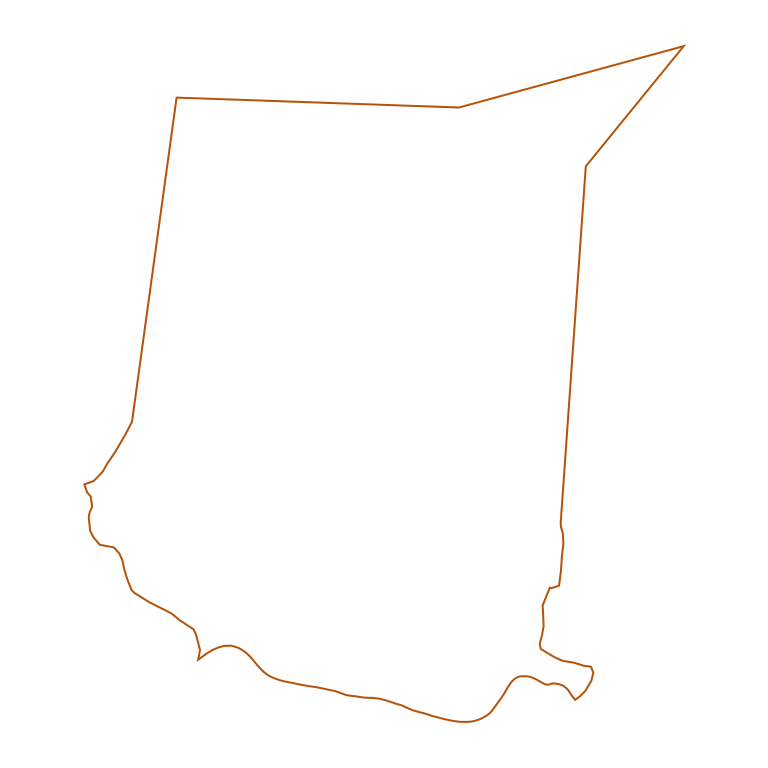 Latille, Micoud, Saint Lucia (Mercator projection)
{"feature_id": "8701671B58191073405905", "entity_name": "Latille", "entity_type": "district", "adm_level": 2, "iso_a3": "LCA", "parent_name": "Saint Lucia", "parent_adm1": "Micoud", "projection": "mercator", "projection_center": [-60.916, 13.828], "detail": "fine", "context": "isolated", "style": "outline", "palette": "amber", "viewbox_px": 768, "rotation_deg": 0, "n_neighbors": 0, "source": "geoboundaries", "source_scale": "gbopen_adm2", "svg_char_len": 2623}
<svg xmlns="http://www.w3.org/2000/svg" viewBox="0 0 768 768"><path d="M575.2,699.8L580.3,696.0L585.6,690.6L587.6,687.1L591.4,680.6L591.8,679.0L593.3,672.7L592.1,669.6L590.9,666.7L583.7,665.7L574.0,662.7L563.2,660.9L562.4,660.7L561.1,660.2L554.7,657.3L547.9,653.3L540.7,648.8L539.7,643.8L542.1,634.9L543.6,625.9L543.3,618.2L543.1,613.5L542.6,605.6L547.4,593.6L549.9,587.7L550.5,587.9L551.3,588.2L559.0,585.7L559.6,581.5L561.0,570.3L561.7,559.7L561.9,555.8L563.4,543.9L563.0,536.7L562.8,533.3L561.0,527.0L560.7,522.7L585.8,166.3L683.7,46.1L472.2,103.9L458.9,107.5L176.6,97.6L132.0,421.8L125.5,434.3L114.9,452.4L106.8,464.3L102.8,471.6L93.7,481.0L84.3,484.4L87.2,492.4L90.7,496.5L92.2,506.9L89.7,512.1L88.7,517.3L90.2,530.8L93.2,537.0L99.8,544.8L113.9,547.4L119.4,553.6L122.4,560.3L124.0,568.1L127.0,578.5L131.5,589.9L134.5,593.0L149.6,602.4L171.3,613.3L179.4,620.0L193.5,629.3L196.0,634.5L200.0,650.1L198.2,659.7L204.8,654.9L206.1,653.9L212.3,650.1L217.7,647.7L221.5,646.6L224.1,645.9L225.4,645.9L228.6,645.7L231.3,645.7L234.7,646.6L238.5,648.0L241.8,649.7L246.1,652.8L249.1,655.6L250.5,657.1L252.8,659.6L253.8,660.9L257.4,665.3L259.6,667.7L260.9,669.1L263.2,671.4L264.7,672.7L265.8,673.6L268.5,675.5L271.3,676.9L272.6,677.6L273.2,677.8L275.8,678.8L280.1,680.3L282.9,681.0L285.5,681.6L288.8,682.3L291.5,682.8L297.0,683.9L297.8,684.1L301.0,684.7L304.7,685.4L308.3,686.1L312.9,686.7L316.1,687.1L326.0,689.2L335.3,691.1L338.6,692.3L346.3,695.1L349.9,695.6L352.1,696.0L353.7,696.1L355.6,696.3L361.1,697.2L362.1,697.3L365.5,697.7L372.6,697.9L377.7,698.5L378.3,698.5L385.4,700.2L390.2,701.8L394.2,703.1L396.1,703.8L401.0,705.1L406.7,707.6L412.8,710.3L414.0,710.6L420.4,712.4L422.8,713.0L425.9,713.8L429.2,714.9L431.7,715.8L435.8,716.9L437.1,717.2L438.5,717.6L442.0,718.5L443.3,718.8L446.6,719.6L452.5,720.8L455.0,721.2L457.2,721.5L461.3,721.9L466.3,721.9L468.0,721.8L470.9,721.6L474.2,721.0L475.6,720.6L477.6,720.0L480.3,719.0L480.9,718.7L485.7,716.2L489.1,713.8L491.9,710.8L492.8,709.6L494.9,706.8L498.2,702.1L500.3,699.4L500.7,698.7L503.8,694.2L506.6,689.3L508.5,686.3L510.6,683.1L511.1,682.5L511.8,681.6L512.5,681.0L513.1,680.3L514.8,678.7L517.0,677.5L517.7,677.2L519.7,676.5L521.1,676.3L525.5,676.2L526.0,676.3L529.0,676.6L532.9,677.8L533.7,678.2L536.8,679.7L538.5,680.7L539.3,681.2L541.4,682.3L542.1,682.7L543.3,683.4L545.6,684.4L546.5,684.5L547.6,684.7L548.7,684.5L549.4,684.5L551.3,683.7L553.6,683.4L555.9,683.7L557.1,683.8L557.9,684.0L560.0,684.5L563.3,685.8L566.2,688.0L568.6,690.6L569.4,692.0L569.9,692.7L570.8,694.1L571.6,695.3L573.2,697.5L574.8,699.3L575.2,699.8Z" fill="none" stroke="#b45309" stroke-width="2"/></svg>